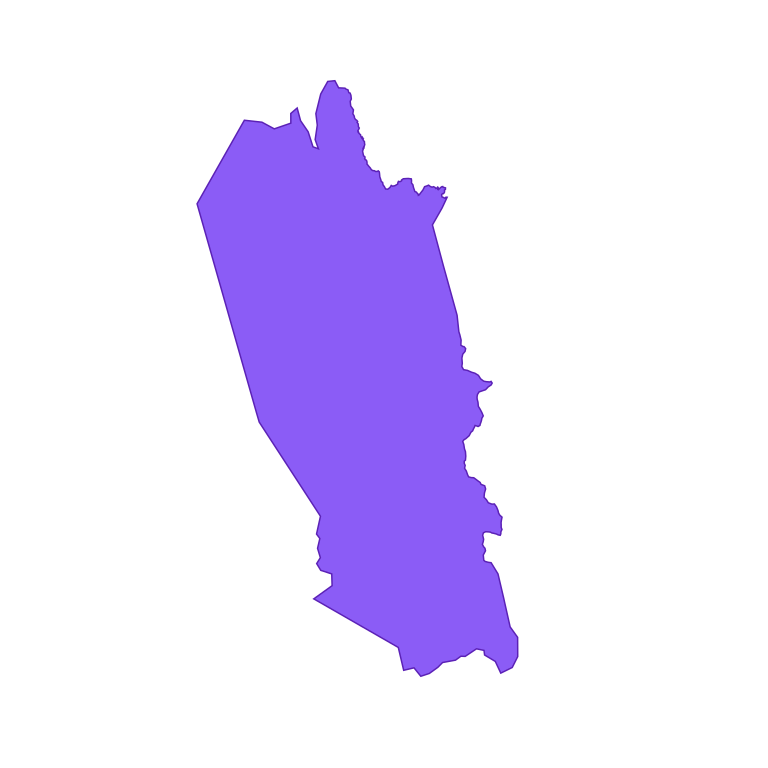 outline of San Benito, California, United States of America, rotated 210°
{"feature_id": "52423323B5435817984489", "entity_name": "San Benito", "entity_type": "district", "adm_level": 2, "iso_a3": "USA", "parent_name": "United States of America", "parent_adm1": "California", "projection": "albers", "projection_center": [-121.114, 36.593], "detail": "fine", "context": "isolated", "style": "filled", "palette": "violet", "viewbox_px": 768, "rotation_deg": 210, "n_neighbors": 0, "source": "geoboundaries", "source_scale": "gbopen_adm2", "svg_char_len": 3963}
<svg xmlns="http://www.w3.org/2000/svg" viewBox="0 0 768 768"><g transform="rotate(210 384 384)"><path d="M131.2,202.6L131.9,214.8L141.6,231.4L153.3,236.7L171.1,256.0L173.1,258.2L190.3,276.5L201.9,282.8L204.6,281.7L207.7,280.9L209.4,281.2L212.5,285.5L212.7,290.3L214.4,292.2L216.4,292.9L218.6,294.3L219.2,297.0L220.1,299.4L222.9,302.3L223.5,304.8L222.1,306.9L219.5,308.2L217.8,308.9L216.1,308.9L214.8,309.4L211.6,310.3L209.7,310.4L207.7,311.1L207.9,312.6L208.9,314.5L209.1,317.0L210.8,318.4L212.2,320.8L213.2,322.3L214.0,324.2L215.2,327.7L218.1,328.3L220.2,329.5L222.0,331.4L225.1,333.8L228.4,335.3L230.5,333.9L234.3,333.3L237.5,335.0L240.7,335.9L242.5,339.8L243.5,343.9L245.9,346.2L249.8,345.6L251.5,346.8L254.4,347.1L257.6,347.5L259.4,347.7L261.8,346.5L264.3,345.9L266.1,347.1L269.2,349.8L272.1,351.3L273.0,354.1L274.8,355.4L275.9,357.3L275.4,358.8L277.1,362.4L279.6,366.1L281.9,368.1L284.7,371.6L287.1,373.6L286.8,376.0L285.9,377.3L284.4,381.8L284.6,385.6L283.8,387.8L284.1,390.1L284.1,391.7L284.4,393.6L282.8,394.0L281.3,394.2L280.2,396.1L280.6,397.3L281.0,399.6L281.5,401.6L282.1,403.1L282.1,406.0L284.8,408.1L288.1,410.2L291.1,411.8L293.5,415.2L295.7,417.4L296.9,419.2L297.8,421.6L297.7,424.7L295.5,427.2L293.2,429.8L292.3,433.6L290.7,436.8L290.8,438.9L292.6,439.8L293.3,438.7L296.7,437.1L299.1,436.3L302.9,436.8L306.6,438.7L310.7,438.8L314.0,438.0L318.6,437.5L321.1,436.6L322.3,436.2L325.4,438.1L326.5,441.0L329.5,445.4L330.7,449.2L330.1,452.8L331.0,455.5L333.4,456.4L334.5,455.9L336.9,456.1L339.2,460.6L342.9,464.5L345.3,466.7L355.1,480.1L380.3,504.9L391.3,515.7L421.6,546.0L421.7,565.5L422.7,577.3L423.2,577.1L424.0,576.4L423.9,575.6L424.7,575.2L425.7,575.3L427.3,575.0L428.5,576.4L428.8,577.0L428.4,578.2L427.9,578.3L427.5,579.3L427.6,580.6L428.6,582.2L428.1,583.2L428.8,584.6L429.4,584.5L431.1,583.9L431.8,584.4L432.5,583.9L433.1,582.7L433.7,580.9L434.0,579.5L434.7,579.4L435.0,580.2L435.0,580.7L435.4,581.3L436.0,581.4L436.2,580.6L436.1,580.0L436.9,579.2L437.9,579.7L439.7,579.7L440.8,578.5L442.6,578.2L444.8,578.5L446.0,576.9L447.5,575.2L447.3,571.4L447.8,567.8L448.1,565.4L448.6,564.6L449.3,565.5L450.4,565.7L451.8,566.4L453.5,566.1L454.6,567.1L456.8,569.0L458.6,571.0L460.7,571.8L461.9,574.0L462.9,575.3L465.6,574.2L467.2,573.2L469.9,571.4L470.8,569.5L470.4,568.9L471.0,567.6L472.1,566.8L472.8,566.7L472.7,565.4L472.1,564.0L473.7,561.2L475.5,559.6L477.0,559.6L477.1,557.1L478.2,554.5L480.2,553.7L482.3,555.1L484.4,556.0L486.0,557.9L487.6,558.0L489.1,559.5L491.2,561.3L493.3,564.3L494.2,565.4L495.6,565.7L496.0,564.8L497.4,563.9L499.0,563.9L500.4,563.2L502.2,563.3L503.8,564.2L505.9,564.9L507.6,565.6L508.6,565.9L509.7,567.7L510.8,568.8L511.8,569.1L512.5,568.9L513.5,569.6L513.4,570.2L514.3,571.3L515.8,571.4L517.8,573.6L519.1,575.1L519.2,576.6L519.8,577.0L519.9,577.7L519.7,577.5L519.3,578.3L519.8,579.2L520.4,581.8L521.3,582.8L522.1,584.1L523.7,584.7L524.5,585.3L524.5,586.0L525.0,586.0L525.4,585.7L525.9,586.2L525.8,586.3L525.7,586.7L526.4,587.0L526.4,586.6L526.6,586.1L528.0,587.0L528.9,588.1L530.3,588.4L531.5,588.8L531.7,589.3L532.3,589.7L532.6,589.4L533.3,590.3L533.2,591.4L533.4,593.3L534.8,594.0L536.3,596.3L538.1,597.1L538.1,598.2L539.6,598.8L540.9,598.8L542.6,599.7L543.7,601.1L546.1,602.5L547.5,606.1L549.1,606.9L551.8,608.1L554.6,611.9L554.8,614.5L557.0,617.5L558.8,619.0L560.2,618.7L562.2,620.7L564.5,620.4L565.7,620.7L571.4,617.8L578.2,622.1L584.0,617.9L583.8,603.5L578.2,584.1L571.2,574.8L565.8,561.2L558.4,554.9L564.1,553.9L575.8,564.5L587.9,570.3L597.2,579.6L600.0,571.7L595.1,563.3L606.6,550.1L620.6,549.7L636.8,542.6L636.0,446.6L480.2,295.5L473.0,288.6L372.9,237.7L367.4,220.3L362.3,218.1L359.4,208.5L352.3,201.8L352.5,194.8L345.6,191.0L334.3,193.4L328.1,183.4L337.4,162.8L239.9,163.0L223.8,145.9L216.1,153.2L206.0,149.3L200.0,156.0L195.7,165.6L194.0,172.1L184.0,180.6L181.3,186.7L177.5,188.7L171.5,200.9L164.2,203.3L161.4,199.6L148.9,199.4L138.3,192.0L131.2,202.6Z" fill="#8b5cf6" stroke="#5b21b6" stroke-width="1.5"/></g></svg>